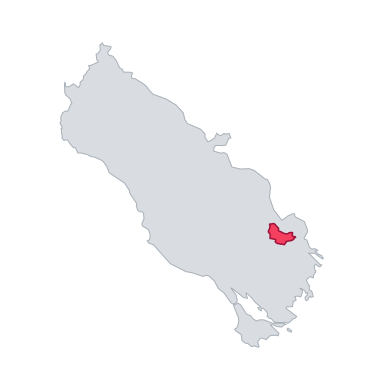 Turkey, with Burdur highlighted, rotated 226°
{"feature_id": "TUR-2273", "entity_name": "Burdur", "entity_type": "Province", "adm_level": 1, "iso_a3": "TUR", "parent_name": "Turkey", "parent_adm1": "", "projection": "robinson", "projection_center": [30.062, 37.38], "detail": "fine", "context": "in_parent", "style": "filled", "palette": "rose", "viewbox_px": 384, "rotation_deg": 226, "n_neighbors": 0, "source": "natural_earth", "source_scale": "10m", "svg_char_len": 4532}
<svg xmlns="http://www.w3.org/2000/svg" viewBox="0 0 384 384"><g transform="rotate(226 192 192)"><path d="M299.2,137.0L304.8,138.8L306.5,137.5L311.5,137.7L316.0,138.7L318.3,135.7L321.4,136.0L322.1,137.6L323.6,138.1L328.5,141.9L328.0,142.4L329.2,143.8L333.2,144.8L333.7,146.7L337.0,149.6L338.9,154.1L338.1,157.2L336.5,159.1L339.4,165.9L338.7,166.8L343.7,169.0L349.7,168.6L351.7,169.5L357.9,174.9L359.5,177.0L355.3,174.4L353.1,176.6L352.2,181.9L345.8,182.9L347.0,186.3L348.8,187.9L348.4,191.1L348.9,192.4L350.8,194.5L350.7,197.5L351.6,200.5L351.8,204.2L354.6,205.4L353.4,207.1L350.8,214.5L351.0,215.1L353.1,215.3L357.8,218.8L357.0,219.9L357.8,224.7L361.9,227.9L361.3,229.4L361.6,231.0L358.7,230.3L353.1,234.6L352.5,234.5L351.6,233.0L351.2,228.7L349.8,227.6L348.0,227.4L344.9,229.3L342.0,229.2L339.2,228.8L331.5,226.2L328.8,227.1L325.8,226.1L320.4,231.3L318.7,231.8L317.7,229.2L315.7,227.7L313.3,229.7L303.7,232.2L299.2,232.6L293.7,231.8L289.2,232.0L277.1,237.9L265.5,241.0L254.9,240.7L249.0,237.1L244.5,236.2L231.2,241.8L224.5,241.6L222.3,239.3L217.2,238.4L216.1,240.5L215.2,245.8L217.1,250.6L214.2,250.9L212.4,252.0L212.0,255.6L209.5,257.0L208.6,259.2L208.2,259.3L203.9,257.5L205.0,255.7L202.3,249.0L203.5,246.9L208.9,241.5L208.6,238.3L206.2,236.0L199.4,240.1L198.8,241.6L197.2,242.8L194.7,243.3L182.3,238.1L175.1,242.6L169.1,249.3L164.4,251.7L150.7,253.6L148.3,254.9L143.7,253.5L140.8,251.7L134.4,244.1L122.4,238.4L109.8,237.0L108.7,238.5L108.2,244.3L106.2,249.8L105.2,250.4L102.4,249.0L92.7,252.3L84.4,248.7L82.9,247.1L81.1,240.7L79.9,240.2L78.5,241.1L77.1,241.1L71.2,238.3L68.0,238.2L66.0,240.9L62.9,242.0L62.8,241.2L64.0,239.5L59.0,239.8L56.4,241.1L52.8,240.3L53.0,239.6L55.9,238.7L62.6,237.7L66.9,233.5L51.0,233.7L49.4,234.6L49.2,232.4L50.1,231.4L54.3,230.6L54.1,228.7L51.5,226.8L48.7,225.7L47.5,221.1L46.1,219.9L46.3,219.3L48.9,218.5L49.5,215.1L49.1,213.0L44.0,211.2L42.8,211.4L41.6,209.6L39.4,208.3L37.6,209.3L32.5,206.6L33.4,204.6L34.7,204.6L35.0,203.1L34.0,200.4L34.1,199.1L35.2,198.7L36.5,199.0L37.8,200.6L37.9,203.5L39.3,205.3L40.2,203.5L42.6,204.5L46.8,203.6L47.6,202.8L44.6,202.9L43.4,202.2L41.0,197.3L43.6,195.8L45.4,193.4L41.9,191.8L42.7,188.5L39.7,184.7L43.8,179.9L43.6,179.2L42.3,178.9L29.7,180.9L29.5,178.7L30.5,176.9L30.5,172.2L31.1,169.7L33.4,168.9L36.3,165.2L41.0,160.9L45.8,161.0L47.7,159.8L50.6,159.7L51.4,161.4L53.9,162.6L58.4,162.4L60.5,161.3L58.5,159.2L61.0,158.5L63.0,159.0L61.9,161.3L62.5,161.5L68.2,160.8L74.2,161.4L80.8,161.1L81.7,160.4L77.0,158.0L80.0,156.0L81.7,155.6L95.6,153.7L95.6,153.2L87.2,152.2L82.8,149.4L81.6,147.9L82.4,144.3L83.4,143.4L86.4,143.2L96.9,144.9L104.3,143.9L112.5,146.3L120.2,145.8L121.8,144.7L123.8,141.2L134.7,135.5L138.5,132.5L155.5,126.6L181.0,127.6L185.4,125.3L188.0,126.1L187.3,127.6L187.5,129.0L190.6,132.5L195.2,134.5L201.5,132.8L203.8,133.5L206.2,139.0L210.2,142.2L212.1,142.5L214.4,140.5L216.7,140.3L220.5,142.2L221.9,144.1L234.2,146.4L236.7,148.0L245.1,149.7L263.2,145.8L270.0,148.5L275.6,149.3L278.0,148.9L285.3,145.8L287.5,144.0L292.0,142.5L297.6,139.0L299.2,137.0ZM63.7,127.4L63.2,129.8L64.3,132.5L66.8,136.2L69.4,138.1L81.8,143.2L80.0,147.9L76.9,148.6L66.3,146.4L62.0,148.3L58.9,147.8L54.5,148.7L53.3,151.5L50.2,154.8L41.6,158.8L33.7,166.8L31.5,167.8L32.5,165.1L32.5,162.7L35.9,159.9L40.7,157.8L42.0,156.1L30.0,156.4L28.8,153.9L30.1,153.4L34.0,149.1L34.5,147.3L34.1,143.0L38.9,140.5L39.3,139.5L38.6,135.2L34.1,132.8L34.3,131.6L37.5,130.4L39.4,127.5L44.1,126.9L46.3,125.4L50.3,124.7L55.4,128.4L61.4,127.0L63.7,127.4ZM27.4,166.5L23.3,167.2L22.1,166.5L23.4,165.3L26.5,164.4L27.5,165.7L27.4,166.5Z" fill="#d9dde1" stroke="#a8b0b8" stroke-width="1"/><path d="M90.5,224.5L90.4,224.5L90.2,223.7L90.2,222.8L90.0,222.3L90.0,221.7L92.3,220.5L92.5,220.0L92.7,219.6L93.3,219.3L93.5,219.2L94.2,218.8L95.5,217.7L97.0,217.3L98.5,217.4L98.8,218.1L99.1,218.7L99.8,219.0L100.5,218.7L102.4,217.3L102.9,217.0L103.4,216.7L104.3,215.9L105.1,216.5L105.9,217.5L106.6,218.3L107.4,218.8L108.6,219.0L109.8,219.0L110.8,219.7L111.4,221.4L111.9,222.4L113.0,224.0L113.1,224.4L113.5,224.8L113.8,224.7L114.3,224.8L114.7,225.3L114.9,225.9L113.7,227.0L113.3,227.9L112.3,229.0L111.6,229.2L110.2,229.2L108.6,229.0L106.1,229.1L105.7,229.0L104.6,227.7L103.5,227.5L100.9,228.6L99.8,228.8L96.6,230.4L95.6,231.7L95.3,233.3L94.6,234.6L94.1,235.0L93.7,235.6L93.2,235.9L92.7,236.0L91.2,233.9L89.0,234.2L88.2,235.2L87.5,235.0L87.8,233.7L87.4,232.6L87.5,231.5L87.8,230.3L88.3,229.3L90.1,226.8L90.9,225.3L90.9,225.1L90.9,224.8L90.7,224.6L90.5,224.5Z" fill="#f43f5e" stroke="#9f1239" stroke-width="1.5"/></g></svg>